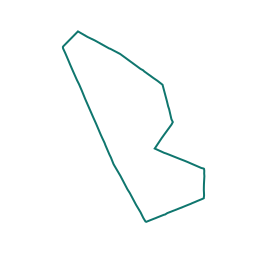 outline of San Juan Chamelco, Alta Verapaz, Guatemala, rotated 224°
{"feature_id": "79465075B61159508916708", "entity_name": "San Juan Chamelco", "entity_type": "district", "adm_level": 2, "iso_a3": "GTM", "parent_name": "Guatemala", "parent_adm1": "Alta Verapaz", "projection": "orthographic", "projection_center": [-90.26, 15.395], "detail": "fine", "context": "isolated", "style": "outline", "palette": "teal", "viewbox_px": 256, "rotation_deg": 224, "n_neighbors": 0, "source": "geoboundaries", "source_scale": "gbopen_adm2", "svg_char_len": 1154}
<svg xmlns="http://www.w3.org/2000/svg" viewBox="0 0 256 256"><g transform="rotate(224 128 128)"><path d="M99.9,163.4L102.9,164.5L107.5,167.5L111.5,170.1L114.2,171.5L118.6,174.3L133.2,183.1L139.7,182.4L144.4,181.6L155.6,180.0L157.3,180.0L160.1,179.2L185.0,175.8L196.0,172.6L196.6,172.2L212.8,167.9L220.3,165.4L231.1,162.7L231.3,141.8L231.1,141.0L229.9,140.1L224.7,138.1L217.1,134.9L213.9,133.5L206.9,130.6L198.0,127.0L193.7,125.5L187.2,122.8L179.1,119.2L160.4,111.5L153.9,108.9L143.1,104.3L139.8,103.0L134.5,101.0L132.2,99.9L122.9,96.0L119.8,94.9L113.4,92.0L111.4,91.4L100.2,88.3L85.8,83.5L81.6,82.5L68.7,78.3L60.5,76.1L54.4,73.9L50.5,72.9L49.7,73.2L46.0,81.4L45.5,82.4L45.1,83.4L41.9,90.5L41.2,91.6L40.6,94.1L33.7,109.2L31.4,114.4L30.2,117.0L29.8,118.1L29.2,119.5L28.4,121.3L27.5,123.5L25.3,128.5L24.7,130.1L26.5,132.4L28.8,134.6L30.5,136.2L32.1,137.9L34.4,140.4L39.6,146.4L41.6,148.2L43.4,150.2L44.9,151.4L45.4,151.4L47.4,150.2L59.4,145.7L60.8,145.2L64.6,143.7L69.1,141.8L75.7,139.1L78.4,138.0L79.9,137.4L83.2,136.0L84.6,135.3L94.5,131.8L96.8,144.4L97.0,145.9L97.3,147.8L99.1,160.8L99.9,163.4Z" fill="none" stroke="#0f766e" stroke-width="2"/></g></svg>